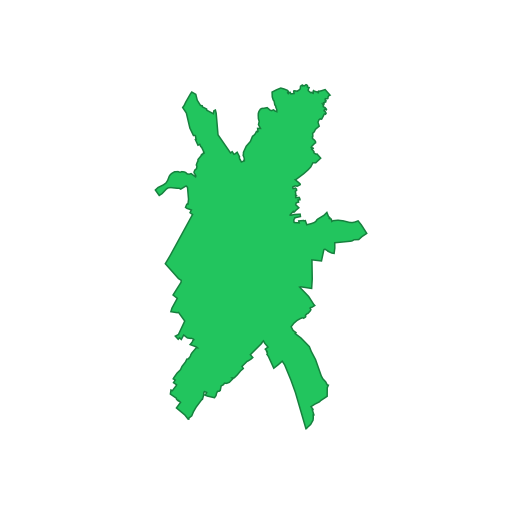 Iasi, Iasi, Romania, rotated 238°
{"feature_id": "2599482B38113668882079", "entity_name": "Iasi", "entity_type": "district", "adm_level": 2, "iso_a3": "ROU", "parent_name": "Romania", "parent_adm1": "Iasi", "projection": "equal_earth", "projection_center": [27.601, 47.156], "detail": "fine", "context": "isolated", "style": "filled", "palette": "green", "viewbox_px": 512, "rotation_deg": 238, "n_neighbors": 0, "source": "geoboundaries", "source_scale": "gbopen_adm2", "svg_char_len": 6154}
<svg xmlns="http://www.w3.org/2000/svg" viewBox="0 0 512 512"><g transform="rotate(238 256 256)"><path d="M230.8,145.1L226.6,145.9L227.2,147.8L224.8,148.4L227.3,152.8L222.9,154.4L220.7,156.9L220.7,157.4L218.7,158.9L218.0,159.0L217.7,157.5L216.9,156.5L215.8,153.2L210.4,157.3L209.2,157.7L209.8,156.7L207.7,150.1L206.8,148.4L205.6,147.1L205.0,145.0L204.5,144.4L205.2,142.7L203.5,140.0L201.6,134.8L199.5,131.6L198.5,127.0L196.4,122.0L195.7,120.7L193.6,121.8L192.3,118.9L188.9,120.4L188.4,119.8L186.1,113.7L187.4,112.9L184.3,110.2L177.6,113.1L176.7,112.7L175.2,113.0L174.3,113.3L174.5,113.7L171.9,114.5L169.3,108.0L158.9,111.4L153.5,112.0L153.3,112.7L154.1,113.0L154.5,116.8L157.0,120.3L159.6,125.2L163.2,134.5L162.9,134.7L166.0,138.1L167.8,139.4L168.4,140.4L166.4,141.9L165.8,141.2L165.1,139.0L162.9,140.6L157.8,145.7L158.8,148.1L160.4,149.7L161.6,151.6L160.8,153.1L161.2,154.0L160.9,154.4L164.3,157.6L164.1,160.3L164.9,161.8L163.6,163.5L163.0,166.4L164.2,171.4L165.2,171.1L164.2,173.0L165.1,177.1L166.8,182.2L167.3,185.6L169.8,185.6L171.4,192.7L171.2,193.3L171.2,197.1L171.6,199.5L175.3,198.9L178.9,214.6L179.3,214.8L180.1,217.3L177.2,217.2L172.4,217.9L172.1,214.5L169.3,214.9L169.2,214.3L167.7,214.3L167.0,213.7L166.9,213.2L164.3,213.3L151.4,211.6L152.0,217.1L152.9,222.5L148.5,222.6L132.4,219.9L119.4,217.1L83.0,206.8L82.9,207.5L83.2,207.7L84.2,213.1L86.5,217.3L88.1,218.6L90.9,220.3L90.6,220.9L95.6,222.2L95.5,222.7L96.0,222.8L96.0,223.1L99.1,222.8L99.2,227.3L98.7,232.4L99.1,234.3L99.3,242.0L106.5,246.6L108.1,248.9L109.0,248.1L112.4,248.4L116.5,247.6L119.7,247.8L136.6,251.6L145.8,252.3L150.9,253.2L162.6,250.7L169.4,248.1L169.8,249.3L173.2,248.0L177.4,248.3L178.9,252.4L179.6,256.7L179.4,260.8L179.0,262.5L178.3,263.5L178.0,263.5L178.0,265.5L178.2,266.0L179.5,266.5L180.0,268.8L179.8,269.7L180.7,272.9L181.4,274.1L183.2,274.2L183.3,275.3L182.9,276.0L182.9,279.6L184.5,279.3L193.8,279.2L206.5,276.5L206.1,277.7L199.0,286.0L206.7,291.5L223.1,301.4L217.1,308.9L225.5,317.0L225.2,318.1L222.1,319.7L221.9,319.5L218.4,321.8L216.8,323.6L220.9,327.0L225.5,329.8L218.4,344.1L217.9,345.5L217.8,347.8L215.5,351.8L216.3,356.2L216.5,361.9L226.5,361.8L231.7,361.2L232.4,357.7L233.4,355.2L235.1,352.9L239.6,348.6L242.9,344.5L245.1,340.1L245.1,338.6L247.4,339.4L248.9,338.1L249.3,338.9L251.2,338.4L255.4,339.2L254.5,335.2L254.6,328.0L254.4,326.7L253.7,325.3L253.5,323.2L254.2,319.9L255.6,315.6L259.9,316.6L260.3,315.3L260.9,315.2L263.1,310.8L261.2,310.2L263.9,306.4L264.4,306.1L266.7,307.2L267.4,308.8L267.9,309.1L265.9,314.6L268.1,315.6L271.1,310.1L271.9,307.5L272.5,306.6L272.9,306.9L274.1,311.2L273.2,311.2L273.0,311.9L273.6,313.8L274.2,317.9L278.4,316.8L279.8,318.3L279.1,320.6L281.2,321.4L280.4,323.1L281.3,323.5L282.8,323.7L284.5,320.6L285.7,321.4L285.8,322.2L286.5,321.7L287.1,322.0L287.1,322.4L289.7,323.5L290.1,323.8L290.1,325.2L291.3,325.8L292.8,325.4L293.1,323.8L293.6,323.1L295.0,323.6L295.1,324.1L294.7,326.4L293.3,328.0L293.1,331.3L294.0,331.6L299.9,329.7L299.7,330.5L300.5,340.0L301.5,345.9L302.5,349.6L304.9,353.6L303.4,356.1L304.7,362.7L310.2,361.8L310.5,360.8L312.5,359.9L313.3,359.9L313.9,360.5L317.0,359.9L316.9,361.5L317.6,361.5L318.0,360.5L318.8,360.3L319.5,361.6L320.5,365.7L320.4,366.5L321.5,367.1L323.2,367.0L325.7,366.2L327.3,367.1L327.2,367.4L327.6,367.8L330.0,369.0L330.5,371.3L331.9,373.5L332.6,378.4L336.7,379.5L338.2,381.7L338.3,383.3L337.5,383.6L337.3,384.3L340.2,389.2L340.0,389.8L339.4,390.1L339.9,391.1L342.0,391.2L342.9,390.7L343.5,390.9L344.0,392.3L342.7,393.0L343.0,393.5L345.3,393.2L346.9,392.2L347.6,392.4L348.3,393.1L349.4,393.1L348.5,393.8L348.9,394.3L350.2,394.6L349.8,395.5L349.8,396.9L350.5,396.8L350.8,397.6L351.2,397.3L351.9,397.4L352.7,398.2L351.7,399.5L351.5,400.4L352.9,401.6L353.4,403.1L353.2,404.0L360.5,402.8L361.5,398.9L362.4,396.5L362.6,396.5L362.6,395.7L361.4,395.5L361.4,395.2L362.4,395.0L365.3,392.5L365.7,392.5L365.5,391.7L364.2,391.2L363.6,390.7L363.8,390.5L365.6,389.5L365.6,388.8L368.6,387.9L369.3,388.3L370.7,390.3L372.2,389.1L373.1,389.9L374.2,389.7L374.8,389.2L374.6,387.3L375.3,386.8L375.4,385.8L376.5,385.8L376.4,383.7L374.4,382.2L374.0,381.0L374.0,378.7L373.8,378.5L376.0,375.8L375.7,375.2L373.6,374.4L375.0,371.5L376.7,371.7L376.9,370.5L376.6,369.4L377.8,369.3L378.4,370.7L379.9,370.4L382.8,368.3L385.3,366.0L386.1,361.3L386.5,356.5L382.3,354.1L379.3,353.3L377.6,353.4L374.2,352.0L372.6,352.2L372.2,351.8L368.8,351.1L367.4,350.1L368.3,349.7L368.5,349.1L370.7,348.3L371.0,346.3L372.0,345.3L375.9,344.1L377.2,340.7L378.0,339.4L378.2,337.6L377.1,335.2L375.8,333.6L374.2,332.5L371.2,330.8L368.4,330.0L366.1,327.7L361.8,327.4L363.4,325.0L360.5,323.6L360.5,322.9L361.4,322.4L360.1,320.3L359.5,318.3L359.4,316.5L356.1,311.9L354.3,305.9L350.6,300.3L348.6,299.0L348.4,298.5L345.6,298.0L343.5,297.0L343.6,296.5L342.9,296.4L343.5,293.4L346.2,293.7L346.4,293.4L348.6,294.1L348.8,294.6L354.0,295.0L353.7,292.0L353.9,291.2L357.1,291.1L356.9,289.0L378.9,288.0L398.2,297.9L401.3,298.9L401.5,297.3L399.3,295.2L405.7,291.5L406.8,292.0L410.8,289.6L412.0,290.0L413.0,288.8L413.6,288.7L419.2,288.7L425.0,290.6L429.1,288.4L428.3,286.5L423.7,277.9L421.7,274.8L420.8,272.5L414.2,272.7L399.5,267.7L391.3,266.8L390.6,268.1L389.8,268.3L387.7,267.3L386.8,267.2L386.9,266.3L380.7,265.5L380.5,267.5L378.0,267.1L377.2,267.5L371.8,266.9L371.8,266.5L370.8,266.5L370.9,264.1L370.4,264.1L370.6,263.0L370.1,262.6L368.6,258.0L367.0,256.8L366.8,256.1L364.8,253.6L363.5,253.5L361.6,251.9L361.3,249.7L360.0,247.9L359.3,247.6L356.3,247.6L355.4,247.1L355.1,246.7L360.3,244.6L360.7,242.8L362.0,241.2L364.1,240.6L365.5,239.5L366.9,237.7L367.2,235.9L368.9,234.6L370.6,231.5L370.7,228.2L370.4,226.5L369.6,224.7L366.9,221.1L365.6,218.3L365.4,215.2L366.0,209.3L365.3,205.6L358.6,206.0L358.7,209.4L360.3,215.5L360.3,217.8L359.1,220.1L355.1,225.2L354.2,226.7L352.6,227.6L352.5,233.4L352.1,234.1L350.3,234.2L339.8,228.8L336.1,225.8L336.6,225.3L336.4,224.5L334.6,222.0L332.9,222.7L329.3,225.6L327.7,223.0L324.8,224.2L302.0,183.7L297.5,175.0L277.9,178.3L275.0,179.7L273.4,178.5L266.9,165.0L261.8,166.8L256.4,157.2L253.9,154.3L249.6,159.2L249.2,160.4L238.6,161.1L230.5,148.6L230.8,145.1Z" fill="#22c55e" stroke="#15803d" stroke-width="1.5"/></g></svg>